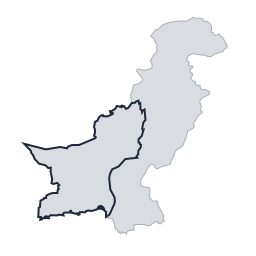 Baluchistan highlighted on a map of Pakistan, rotated 356°
{"feature_id": "PAK-1108", "entity_name": "Baluchistan", "entity_type": "Province", "adm_level": 1, "iso_a3": "PAK", "parent_name": "Pakistan", "parent_adm1": "", "projection": "natural_earth1", "projection_center": [66.028, 28.477], "detail": "medium", "context": "in_parent", "style": "outline", "palette": "slate", "viewbox_px": 256, "rotation_deg": 356, "n_neighbors": 0, "source": "natural_earth", "source_scale": "10m", "svg_char_len": 5347}
<svg xmlns="http://www.w3.org/2000/svg" viewBox="0 0 256 256"><g transform="rotate(356 128 128)"><path d="M228.8,44.2L232.7,53.0L232.1,54.8L229.4,56.3L228.3,58.1L227.1,58.9L225.3,58.6L221.7,60.0L220.0,60.0L215.8,62.6L212.4,62.1L209.0,60.5L206.0,60.3L197.5,58.4L193.2,60.2L191.2,64.6L191.4,65.4L192.9,66.0L193.5,66.8L193.6,67.6L192.7,69.4L193.3,70.3L197.1,70.8L197.2,71.5L196.8,72.4L194.0,74.0L193.7,75.0L194.1,76.4L196.1,78.4L195.7,80.4L194.1,82.6L194.3,83.5L195.9,85.3L198.2,86.6L198.6,88.7L198.3,89.5L199.0,90.2L203.0,90.4L202.8,92.7L203.4,94.5L204.7,95.1L207.3,95.1L210.5,96.5L211.9,98.0L211.8,99.0L210.9,100.2L204.3,103.2L201.9,105.3L201.4,107.0L202.6,110.9L201.7,115.4L202.0,116.2L202.9,116.5L203.2,117.8L200.0,120.0L199.4,120.0L195.3,126.0L193.9,127.3L193.7,128.6L194.4,130.7L192.8,132.7L187.2,135.3L185.4,141.4L181.2,149.7L173.9,154.1L173.3,155.0L171.2,160.5L168.9,163.2L167.9,166.6L163.6,168.1L158.9,168.7L154.9,170.6L153.9,170.7L152.5,169.7L151.6,167.0L149.8,165.7L148.6,165.6L145.3,168.4L142.0,174.4L137.4,180.0L136.5,185.1L137.0,186.1L140.0,187.9L144.3,188.7L145.5,189.8L145.3,194.4L144.6,196.7L145.0,199.3L147.2,202.5L149.6,202.9L151.2,202.5L152.2,203.2L152.3,207.0L155.4,212.8L157.7,218.7L156.7,219.8L156.7,220.6L156.7,221.9L157.7,222.8L157.7,223.3L155.6,224.2L154.5,225.5L153.4,225.9L151.5,225.2L151.1,223.0L150.3,223.1L145.1,225.1L144.1,226.6L141.3,227.0L140.1,226.9L138.0,225.3L129.2,225.0L128.3,225.5L127.7,224.7L127.0,225.4L126.9,230.2L123.8,230.2L121.1,230.8L119.5,231.9L118.9,233.6L117.8,232.1L116.7,232.4L115.4,231.2L114.9,232.4L112.9,232.7L112.6,230.9L111.5,231.6L110.7,230.6L110.4,229.4L108.9,228.2L108.1,226.9L107.8,223.8L106.3,217.7L105.3,217.1L100.1,216.0L99.8,214.9L100.0,210.2L98.3,207.8L97.8,206.1L96.4,204.6L95.0,204.2L93.6,204.4L92.5,205.9L95.5,205.7L96.9,206.7L93.8,206.4L89.2,207.1L86.5,208.1L82.9,207.8L78.3,208.8L74.5,208.9L73.0,210.8L71.4,210.0L66.3,208.5L65.0,207.4L63.4,208.3L60.6,207.6L58.4,208.2L57.6,209.0L57.5,210.4L53.2,209.7L51.2,210.2L46.6,209.6L45.3,209.7L41.9,211.6L40.4,210.2L38.9,211.3L36.5,211.7L34.3,211.6L32.0,210.8L32.7,209.2L33.3,201.8L34.6,200.4L35.4,195.2L35.8,194.3L39.1,192.8L39.6,192.0L41.1,192.2L42.0,190.1L43.7,188.9L48.3,187.6L53.2,187.5L53.6,184.5L54.5,183.9L54.4,180.7L55.2,180.0L55.2,179.5L54.6,178.6L53.4,177.9L50.1,178.5L48.1,178.0L48.1,176.3L48.8,174.0L47.9,166.0L48.1,162.2L45.6,162.3L42.8,159.4L36.8,157.3L33.3,153.4L29.7,145.9L29.4,144.2L23.3,136.5L44.6,143.6L58.9,142.2L65.8,143.9L66.8,142.8L69.7,141.5L78.9,141.2L93.8,136.4L94.8,134.7L94.0,133.5L93.9,132.5L94.7,129.1L94.5,124.5L95.3,121.4L95.9,119.7L98.5,118.0L100.3,115.2L101.5,114.1L102.8,113.4L104.1,113.5L105.3,114.4L107.5,114.8L109.7,114.6L113.4,112.8L113.3,112.3L111.5,111.1L111.3,110.3L111.9,109.7L113.4,109.6L117.0,107.5L118.8,105.5L122.5,106.3L124.5,105.5L126.9,108.0L128.0,108.2L130.8,106.6L133.3,103.4L132.8,95.5L134.9,91.5L134.8,90.2L135.5,89.2L136.1,86.2L136.9,85.5L138.7,85.0L141.5,84.7L145.8,81.9L146.1,80.6L144.1,76.6L140.7,72.2L140.9,70.5L142.3,69.8L146.6,71.2L150.8,71.4L155.9,69.8L156.4,68.7L156.4,64.7L154.7,62.2L155.9,61.1L158.8,56.8L160.9,55.2L162.9,51.8L161.9,50.1L162.6,48.2L162.2,46.0L161.5,45.2L160.3,41.5L159.2,39.8L157.1,38.2L157.7,36.9L162.6,31.9L164.5,32.0L165.2,31.1L168.6,28.8L169.4,27.7L175.3,25.7L181.6,25.1L189.9,24.8L193.4,25.7L200.4,22.4L201.6,22.4L204.2,23.7L206.2,23.2L207.4,23.4L210.0,24.4L211.1,27.1L211.5,27.3L213.0,26.8L214.2,27.1L217.0,29.3L218.3,32.8L218.3,36.2L217.5,37.4L217.7,38.1L219.7,39.1L220.8,41.6L222.1,41.8L225.9,40.6L226.1,42.4L228.8,44.2Z" fill="#d9dde1" stroke="#a8b0b8" stroke-width="1"/><path d="M129.5,108.1L133.6,103.3L136.7,103.3L138.3,101.9L140.4,101.5L140.7,104.5L142.0,104.1L141.7,110.1L142.8,111.1L143.1,113.1L143.8,111.7L145.8,110.7L146.0,121.1L143.8,123.4L142.1,129.6L142.5,130.7L143.5,130.6L141.1,137.0L137.8,139.8L137.5,143.2L138.7,143.7L138.8,145.0L139.8,145.7L139.2,148.4L136.8,151.3L136.3,155.0L134.5,156.9L135.2,158.3L123.1,158.8L116.0,165.7L109.2,168.2L106.6,173.1L105.7,177.4L106.1,188.2L109.7,196.1L109.8,200.1L108.9,203.1L103.5,213.1L99.8,215.2L100.2,210.1L98.0,208.0L98.6,207.4L97.8,205.5L95.7,203.8L93.4,204.3L92.0,206.2L95.2,205.0L97.2,206.1L96.8,206.6L97.3,207.4L94.1,206.3L86.1,208.3L82.7,207.5L80.6,207.9L79.5,209.1L74.1,208.6L73.1,209.7L73.6,210.9L72.9,211.1L72.2,211.0L72.6,210.1L71.7,209.5L70.1,210.0L65.5,208.4L65.4,207.0L66.3,206.7L64.9,206.6L63.9,207.2L64.9,207.1L65.0,208.3L58.6,208.0L57.2,209.2L57.6,210.7L52.9,209.6L51.4,210.3L44.7,209.6L42.3,211.3L42.8,212.4L41.1,212.2L41.9,211.7L41.7,210.8L39.7,210.3L38.5,211.2L39.0,212.1L36.2,212.1L35.7,213.2L34.1,213.4L34.9,210.8L32.3,210.6L33.3,201.5L34.6,200.7L35.7,194.3L39.1,192.9L39.5,191.9L41.4,192.1L41.8,189.9L43.5,188.9L47.9,187.6L53.0,187.9L53.7,184.4L54.6,184.0L54.2,180.9L55.4,180.1L53.5,177.8L49.8,178.6L47.8,177.7L48.8,174.1L47.8,166.1L48.2,162.1L45.7,162.4L43.0,159.4L36.8,157.4L32.6,152.2L31.6,148.8L29.6,145.8L29.7,144.2L23.3,136.5L44.6,143.6L58.9,142.2L65.7,144.0L66.8,142.4L70.8,141.1L78.1,141.5L94.3,136.0L95.2,134.9L93.6,133.3L94.7,130.3L94.9,127.3L94.2,124.7L95.5,119.5L97.9,118.7L99.8,115.2L101.7,113.9L103.8,113.3L104.1,114.5L108.3,115.0L113.7,113.0L113.8,112.0L111.7,111.8L111.2,109.9L112.8,110.0L116.3,108.2L118.5,105.2L123.2,106.8L123.9,106.3L122.2,105.9L123.6,105.2L125.7,106.1L127.2,108.7L129.5,108.1Z" fill="none" stroke="#1e293b" stroke-width="2"/></g></svg>